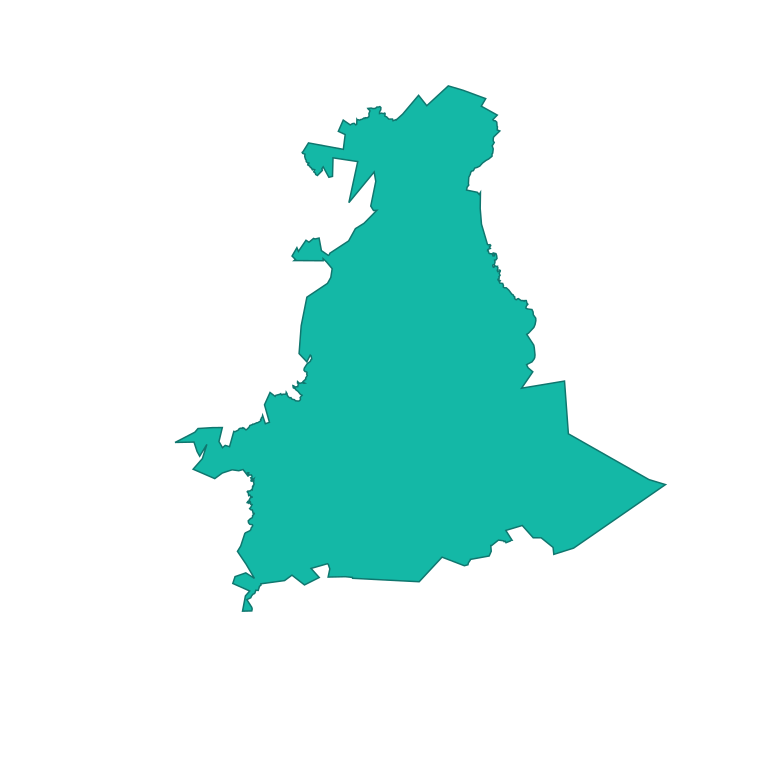 the district of Guanaceví, Durango, Mexico, rotated 236°
{"feature_id": "50627088B82205193577486", "entity_name": "Guanaceví", "entity_type": "district", "adm_level": 2, "iso_a3": "MEX", "parent_name": "Mexico", "parent_adm1": "Durango", "projection": "orthographic", "projection_center": [-105.88, 26.044], "detail": "fine", "context": "isolated", "style": "filled", "palette": "teal", "viewbox_px": 768, "rotation_deg": 236, "n_neighbors": 0, "source": "geoboundaries", "source_scale": "gbopen_adm2", "svg_char_len": 6171}
<svg xmlns="http://www.w3.org/2000/svg" viewBox="0 0 768 768"><g transform="rotate(236 384 384)"><path d="M156.6,550.2L239.6,509.0L285.5,535.3L303.6,495.7L310.9,514.2L316.9,512.5L320.3,513.0L319.6,519.1L320.8,522.5L321.6,523.7L323.6,525.4L329.9,528.8L332.5,529.9L345.4,530.1L345.3,532.1L347.1,539.9L348.9,542.6L351.6,545.3L353.7,546.6L357.9,546.5L360.4,547.9L363.0,548.3L366.0,544.9L367.5,544.1L368.5,544.9L369.6,546.7L369.4,547.2L369.7,547.9L371.0,547.7L373.6,548.6L374.5,547.3L374.3,546.5L375.3,546.1L376.5,544.3L379.6,543.2L380.0,542.1L379.7,541.2L380.4,540.4L381.9,540.1L383.0,541.1L383.9,540.7L385.7,540.9L387.1,540.2L391.9,540.0L395.3,539.2L396.6,537.5L397.6,537.1L398.9,538.1L401.0,538.6L402.8,536.5L404.3,536.7L404.6,538.1L405.4,537.8L405.3,536.9L406.4,536.7L407.1,537.0L406.9,537.9L407.5,538.8L408.7,539.3L409.2,541.0L411.5,541.4L412.3,543.2L413.1,543.9L414.0,543.3L413.4,542.9L413.7,541.1L414.8,541.4L416.6,543.4L417.6,543.4L418.1,543.9L418.8,542.8L420.2,541.9L419.4,540.9L419.5,540.1L420.2,539.9L421.3,540.3L421.8,540.9L421.4,542.4L423.1,544.3L424.8,544.9L424.3,546.1L424.9,547.9L427.5,549.2L429.5,549.7L431.6,547.8L431.3,547.3L429.5,548.0L428.6,547.1L429.2,546.0L431.4,546.5L433.1,544.4L434.0,544.2L436.3,544.9L436.6,544.4L437.2,544.9L437.4,545.9L436.9,548.0L438.7,548.0L438.9,549.6L439.3,550.0L440.3,549.8L440.8,548.6L441.8,547.8L462.0,554.2L475.7,561.9L488.9,571.1L487.9,568.9L490.7,568.6L498.6,560.9L500.7,563.0L501.5,565.5L502.9,566.0L508.0,569.9L509.8,573.1L511.0,574.1L511.4,576.1L510.9,577.4L512.3,580.0L511.5,582.2L511.1,585.2L512.1,589.2L512.3,593.9L512.0,596.6L512.4,600.9L514.3,602.2L514.6,603.2L517.8,606.0L521.0,606.9L522.5,610.4L524.6,610.5L526.9,612.3L527.5,613.2L529.0,621.5L531.4,619.9L533.8,621.9L534.5,621.9L538.0,623.9L539.9,623.5L541.2,622.1L542.3,622.1L543.6,628.3L559.9,620.0L563.7,627.9L583.3,613.8L595.2,604.0L590.8,575.1L604.0,574.1L597.3,550.4L596.1,541.9L596.4,542.0L597.2,538.7L598.9,539.2L600.9,536.1L603.8,535.6L605.7,534.5L607.5,536.1L608.2,536.1L608.5,534.7L610.0,533.3L610.7,531.5L612.1,532.5L613.1,534.6L614.9,536.0L616.3,535.7L616.7,534.2L617.6,533.0L617.3,531.0L618.5,528.9L619.9,527.7L621.5,524.7L620.2,524.7L619.0,525.3L618.2,525.0L616.6,522.7L614.5,521.5L614.0,520.5L614.1,518.8L615.1,517.6L614.8,516.6L615.7,516.3L615.7,513.8L616.3,512.5L616.3,511.4L617.7,510.2L617.8,509.5L618.5,509.5L614.6,506.6L614.6,505.5L616.8,505.0L617.5,503.4L617.7,500.9L625.6,497.8L619.0,487.4L612.5,491.3L601.3,481.5L626.1,456.2L621.8,446.5L621.8,445.7L620.7,445.5L618.7,447.0L617.0,445.5L614.2,444.6L613.2,444.7L611.8,443.9L610.2,444.3L609.2,445.3L608.8,444.9L608.8,443.9L608.3,443.3L606.3,444.2L604.6,444.1L604.1,444.6L601.7,444.4L601.9,445.1L600.4,446.4L599.2,444.4L597.2,445.0L595.9,444.5L594.1,445.4L595.5,452.3L597.3,453.0L598.0,455.0L586.2,453.9L584.9,457.4L600.0,468.2L583.1,486.6L554.0,456.3L565.3,494.4L556.6,490.5L538.9,472.5L533.7,472.3L532.0,475.2L528.4,457.3L528.8,447.2L522.4,434.7L522.7,412.2L521.8,411.1L521.8,409.7L529.6,406.7L541.3,411.8L542.8,407.9L544.1,407.0L543.5,401.1L546.8,399.7L541.8,387.2L545.7,388.0L541.5,379.3L536.8,380.2L536.6,378.5L520.2,402.5L521.9,403.6L517.4,404.6L508.6,405.5L502.1,399.5L499.0,393.4L499.1,368.6L478.6,347.9L456.7,330.6L445.5,332.4L449.2,339.0L448.1,339.3L445.1,338.1L445.0,337.0L444.0,335.6L443.7,331.5L441.7,326.8L440.3,325.4L438.6,325.5L437.2,326.6L436.4,326.5L435.4,325.4L434.1,325.3L432.7,322.3L431.8,321.9L431.3,318.1L430.7,317.9L429.0,318.8L429.4,317.9L430.8,317.0L431.7,314.4L434.3,313.7L433.2,312.8L432.2,313.2L430.0,311.0L431.6,308.1L432.9,308.2L433.6,307.6L431.6,306.7L430.3,307.3L430.0,307.9L428.4,307.7L426.0,308.6L422.3,308.9L420.5,309.8L419.7,306.9L418.1,306.3L417.5,305.3L417.5,303.7L419.6,301.2L421.1,301.0L422.7,299.3L424.8,299.2L425.2,298.2L426.8,297.5L429.1,297.6L430.1,298.2L431.8,298.3L430.8,297.4L430.6,296.6L432.1,294.4L432.1,293.3L432.5,292.9L433.7,293.0L433.8,291.7L435.1,287.9L434.6,286.8L440.7,284.8L433.6,273.3L416.3,267.6L417.4,263.4L425.8,265.8L424.8,264.7L424.4,263.3L423.8,262.9L423.6,261.9L422.6,261.6L422.4,261.0L422.5,257.6L423.0,256.9L423.5,253.6L424.1,252.9L424.0,251.9L424.6,249.6L423.6,247.9L423.0,244.5L423.3,243.8L426.1,243.1L426.1,242.2L426.9,242.1L426.8,241.3L427.7,240.1L427.9,238.9L427.3,237.6L427.6,234.7L428.0,233.5L428.7,233.0L418.4,220.9L421.9,218.0L421.5,214.5L428.6,215.0L438.3,225.6L443.5,217.8L451.1,204.9L449.8,200.2L452.4,178.1L442.1,194.0L432.6,191.3L427.2,190.8L433.0,203.4L423.7,191.7L420.1,178.1L400.2,190.8L400.6,200.2L397.8,210.1L393.3,215.1L391.9,219.3L383.1,219.8L386.7,220.7L386.7,221.5L386.1,222.2L385.7,221.5L383.8,221.4L382.8,223.2L381.3,223.0L380.4,222.0L380.7,221.1L379.9,221.0L378.9,222.3L378.0,222.2L378.1,223.1L377.6,222.4L377.7,221.5L378.7,221.1L378.6,219.9L377.7,219.6L376.4,221.8L375.5,220.9L373.6,220.3L372.7,218.1L372.4,218.4L371.6,217.0L370.0,215.6L370.5,215.4L370.2,213.4L371.4,211.0L371.1,210.3L369.8,210.6L367.1,209.4L366.9,210.7L365.3,210.6L364.5,211.5L363.9,211.3L364.4,209.7L363.2,207.3L362.6,207.1L362.8,205.5L362.2,204.2L361.1,205.1L361.5,205.8L361.3,206.8L360.6,205.9L360.4,207.0L359.0,206.2L357.9,207.2L356.4,204.9L355.8,202.9L354.0,203.4L353.2,204.4L349.7,203.1L349.4,204.0L349.0,203.9L348.3,201.3L347.4,200.8L346.8,199.6L347.1,198.1L346.5,194.9L344.7,194.1L342.7,194.3L341.0,196.2L340.2,196.1L339.4,195.1L339.1,193.7L337.6,191.9L337.4,190.6L338.1,185.9L337.8,184.9L329.8,174.6L327.2,168.9L311.7,168.9L295.3,167.9L304.7,163.8L307.6,152.8L303.2,147.1L287.5,156.9L285.8,150.6L274.8,139.7L269.8,147.5L271.2,148.9L272.8,149.5L281.9,149.7L281.3,154.0L282.4,155.8L283.0,157.9L282.7,159.4L282.9,160.1L284.7,162.4L283.2,164.3L285.9,167.6L286.1,169.6L287.2,170.2L276.6,191.7L277.0,200.8L261.9,205.7L259.8,222.1L271.9,220.4L266.6,236.7L265.5,236.9L261.0,235.7L255.2,229.7L245.8,244.3L241.3,249.7L240.5,249.3L200.4,302.6L208.0,335.3L188.4,349.0L187.2,352.5L188.5,353.9L189.8,357.1L190.3,357.5L182.6,375.0L185.4,379.4L190.4,382.2L189.9,382.9L190.6,391.6L187.1,395.5L186.2,395.4L185.8,396.6L184.2,396.4L183.2,400.9L183.3,402.2L182.9,402.8L194.5,403.1L189.4,419.5L173.1,421.7L168.6,428.3L154.0,432.8L147.8,429.5L141.9,449.5L143.2,561.1L156.6,550.2Z" fill="#14b8a6" stroke="#0f766e" stroke-width="1.5"/></g></svg>